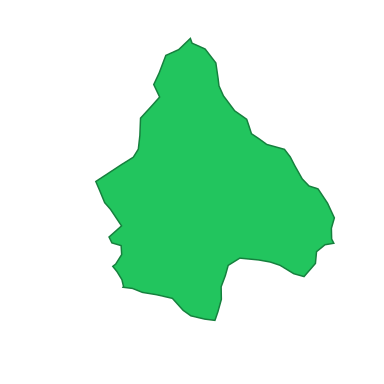 Sala, Västmanland, Sweden, rotated 328°
{"feature_id": "70781695B82098029436339", "entity_name": "Sala", "entity_type": "district", "adm_level": 2, "iso_a3": "SWE", "parent_name": "Sweden", "parent_adm1": "Västmanland", "projection": "albers", "projection_center": [16.494, 60.0], "detail": "fine", "context": "isolated", "style": "filled", "palette": "green", "viewbox_px": 384, "rotation_deg": 328, "n_neighbors": 0, "source": "geoboundaries", "source_scale": "gbopen_adm2", "svg_char_len": 1062}
<svg xmlns="http://www.w3.org/2000/svg" viewBox="0 0 384 384"><g transform="rotate(328 192 192)"><path d="M116.0,132.1L114.5,141.9L112.3,154.8L113.7,163.4L114.3,183.4L97.8,186.2L97.1,192.7L103.5,199.9L99.2,207.8L89.1,212.7L85.4,213.1L86.2,219.9L86.1,229.2L83.9,235.7L83.0,236.2L90.4,242.2L96.8,250.9L107.5,260.3L119.0,271.8L121.8,287.7L125.4,296.4L135.4,306.5L143.4,313.0L145.2,311.6L150.6,307.2L160.0,298.6L166.5,287.8L175.9,280.6L183.8,273.4L197.5,273.4L212.6,285.0L221.3,292.9L227.8,300.8L235.0,315.2L242.2,323.1L258.8,318.0L266.0,308.6L276.8,307.2L285.1,310.6L285.5,305.9L291.0,296.6L299.0,289.4L301.0,273.3L300.6,258.4L300.5,256.1L294.4,248.9L292.4,239.3L293.1,224.0L293.9,214.4L293.0,204.8L285.4,196.5L280.6,191.3L276.9,182.1L273.3,174.1L275.3,166.1L276.9,159.3L271.2,145.8L269.6,127.1L271.1,116.3L274.3,109.5L280.6,95.2L278.9,77.7L270.9,65.8L272.0,60.9L256.2,64.2L242.2,62.3L227.2,73.7L216.5,80.6L214.9,94.3L205.1,97.2L187.5,102.1L177.7,116.5L169.2,127.2L160.7,131.4L146.6,131.4L116.0,132.1Z" fill="#22c55e" stroke="#15803d" stroke-width="1.5"/></g></svg>